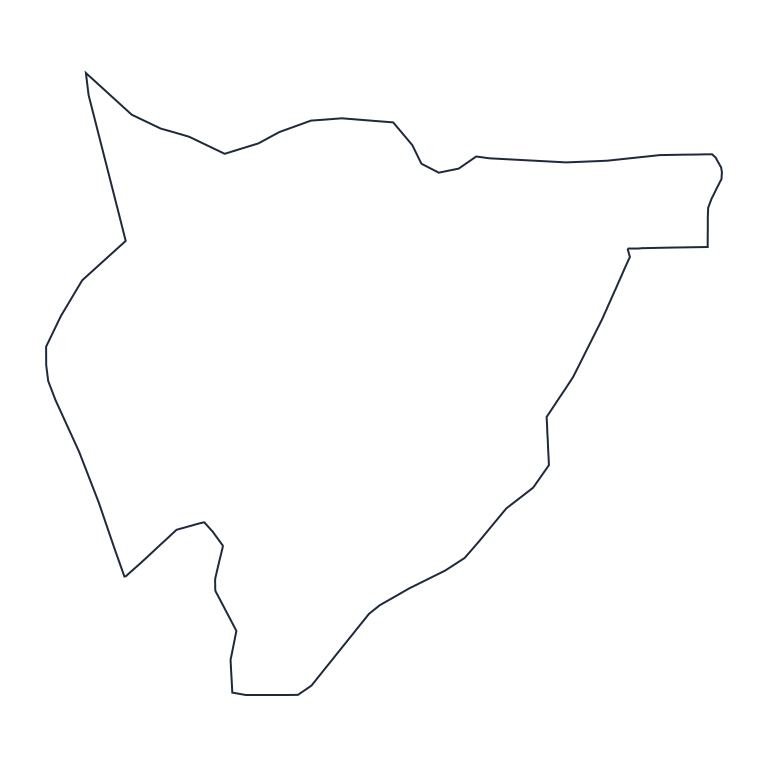 the district of Shia'ria, Eastern Darfur, Sudan, rotated 90°
{"feature_id": "16777658B58097455185888", "entity_name": "Shia'ria", "entity_type": "district", "adm_level": 2, "iso_a3": "SDN", "parent_name": "Sudan", "parent_adm1": "Eastern Darfur", "projection": "orthographic", "projection_center": [25.77, 12.585], "detail": "fine", "context": "isolated", "style": "outline", "palette": "slate", "viewbox_px": 768, "rotation_deg": 90, "n_neighbors": 0, "source": "geoboundaries", "source_scale": "gbopen_adm2", "svg_char_len": 5003}
<svg xmlns="http://www.w3.org/2000/svg" viewBox="0 0 768 768"><g transform="rotate(90 384 384)"><path d="M685.7,456.7L685.3,456.3L684.7,455.8L684.2,455.4L683.9,455.2L683.4,454.8L683.0,454.5L682.8,454.3L682.4,454.0L682.0,453.6L681.1,452.9L680.2,452.2L679.8,451.9L679.0,451.3L677.0,449.7L676.4,449.2L673.5,446.8L672.9,446.4L670.7,444.6L669.4,443.6L667.2,441.8L666.4,441.1L665.8,440.7L658.9,435.1L658.2,434.6L653.2,430.6L648.4,426.7L647.6,426.1L644.5,423.6L644.3,423.4L643.9,423.1L638.9,419.1L636.3,417.0L635.8,416.6L633.5,414.7L632.8,414.2L631.7,413.3L629.1,411.3L626.7,409.3L626.1,408.8L625.4,408.3L623.8,407.0L622.9,406.2L621.7,405.3L621.3,404.9L620.8,404.5L620.5,404.3L619.6,403.6L619.4,403.4L619.1,403.2L618.9,403.0L618.7,402.9L618.1,402.4L617.9,402.2L617.7,402.0L617.4,401.8L616.9,401.4L616.7,401.3L616.4,401.1L615.1,400.0L614.6,399.6L614.2,399.3L614.1,399.1L613.8,399.0L613.6,398.7L605.2,388.2L588.0,358.1L587.6,357.2L570.6,322.9L558.0,303.4L541.8,289.3L525.2,275.6L508.3,261.6L503.0,254.7L497.3,247.3L496.7,246.5L492.5,241.1L487.6,234.8L465.2,219.1L464.0,219.1L463.2,219.2L461.8,219.2L460.6,219.3L460.1,219.3L458.7,219.4L457.3,219.4L454.5,219.6L453.6,219.6L452.9,219.7L448.1,219.9L441.9,220.2L440.9,220.2L440.7,220.2L438.5,220.3L437.8,220.4L429.9,220.8L428.5,220.8L424.0,221.0L417.0,221.4L414.6,219.8L403.3,212.3L403.0,212.1L402.8,212.0L397.4,208.4L392.1,204.8L387.1,201.5L379.3,196.4L378.1,195.6L377.0,194.9L367.5,190.1L364.8,188.7L362.6,187.6L360.7,186.7L360.4,186.5L349.9,181.3L346.2,179.4L337.2,174.9L334.4,173.5L333.2,172.9L326.9,169.7L326.4,169.5L326.1,169.3L325.1,168.8L323.3,167.9L322.4,167.5L321.7,167.1L321.4,167.0L320.1,166.3L319.2,165.9L318.9,165.7L318.6,165.6L318.2,165.4L316.8,164.8L316.3,164.6L315.5,164.2L315.0,164.0L314.8,163.9L314.5,163.8L312.7,163.0L312.3,162.8L311.5,162.4L310.5,162.0L310.2,161.8L306.9,160.4L305.3,159.7L303.7,159.0L303.6,158.9L298.4,156.6L296.3,155.7L293.7,154.5L291.3,153.5L290.3,153.0L289.3,152.5L286.1,151.1L284.4,150.4L283.7,150.1L282.1,149.4L280.5,148.6L278.4,147.7L277.9,147.5L277.1,147.2L275.3,146.3L273.8,145.7L273.2,145.4L271.8,144.8L271.6,144.7L271.2,144.5L270.6,144.3L269.0,143.6L268.5,143.4L267.9,143.1L267.2,142.8L266.8,142.6L266.6,142.5L266.4,142.4L265.9,142.2L265.5,142.0L265.4,141.9L264.7,141.7L263.7,141.2L263.2,141.0L262.7,140.7L262.1,140.5L261.8,140.3L261.6,140.2L261.1,140.0L260.6,139.8L260.1,139.6L259.9,139.5L259.6,139.3L259.2,139.1L258.4,138.7L258.0,138.6L257.9,138.5L257.6,138.4L257.3,138.2L257.0,138.1L256.2,138.3L255.8,138.4L255.5,138.5L255.2,138.6L253.7,139.0L249.5,140.2L248.5,139.5L248.5,139.1L248.5,136.6L248.5,129.6L248.1,125.0L248.1,122.0L247.6,97.9L247.0,60.3L246.6,60.3L246.2,60.3L245.4,60.3L244.2,60.3L242.3,60.3L241.4,60.3L236.8,60.3L236.6,60.3L228.9,60.2L227.1,60.2L219.9,60.2L217.4,60.2L210.1,59.9L208.7,59.9L207.7,59.8L199.7,56.8L198.8,56.5L194.5,54.3L187.9,51.1L184.7,49.4L181.4,47.8L180.6,47.3L179.9,46.9L179.6,46.8L179.0,46.5L172.1,46.1L169.7,46.5L167.3,46.9L166.0,47.7L165.2,48.1L161.6,50.2L157.6,52.3L155.9,54.2L154.2,56.0L154.3,57.0L154.3,59.6L154.3,61.0L154.5,69.7L154.5,70.6L154.6,75.5L154.6,79.3L154.7,86.0L155.1,108.3L155.7,113.7L156.6,122.2L157.1,126.9L157.7,132.7L160.7,160.7L160.9,165.0L162.4,201.8L158.3,278.6L156.5,291.8L159.0,295.4L168.6,309.3L172.2,327.0L172.7,329.2L163.7,346.6L162.9,347.0L145.1,355.7L122.4,374.8L120.6,397.4L118.3,426.2L119.9,446.9L120.6,457.0L132.0,488.5L135.2,494.5L142.8,508.5L143.3,509.3L149.3,528.8L153.8,543.3L136.7,579.0L131.8,595.8L128.6,607.2L124.6,615.6L124.5,615.8L114.7,636.3L73.0,682.1L95.1,679.4L213.6,649.2L240.9,642.3L280.3,685.8L316.0,707.1L346.7,721.9L365.1,721.8L381.0,719.8L400.1,712.5L452.0,688.8L502.9,669.1L550.0,653.0L576.5,643.6L576.2,642.1L573.6,639.2L572.3,637.8L562.4,626.6L562.2,626.4L554.9,618.5L544.7,607.6L539.8,602.2L536.5,598.7L529.8,591.5L528.4,586.5L527.8,584.4L527.4,582.9L523.5,569.0L523.2,567.8L522.3,563.8L522.5,563.5L523.2,562.9L523.4,562.8L523.8,562.4L524.0,562.2L524.3,561.9L524.9,561.4L529.0,557.7L529.3,557.5L530.2,556.6L531.1,555.8L531.8,555.2L532.1,555.0L534.0,553.6L534.7,553.1L534.9,553.0L535.3,552.7L536.4,551.9L536.9,551.5L537.1,551.3L537.6,551.0L538.4,550.4L538.8,550.1L539.3,549.7L540.2,549.1L540.5,548.9L540.8,548.7L541.0,548.5L541.4,548.2L541.7,548.0L541.9,547.9L542.2,547.6L542.6,547.4L542.8,547.2L543.4,546.8L544.6,545.9L544.8,545.7L545.2,545.5L545.6,545.2L546.4,545.2L548.1,545.5L548.5,545.6L549.8,545.9L550.0,546.0L553.5,546.8L554.3,547.0L559.9,548.4L560.6,548.6L562.0,548.9L567.5,550.2L567.9,550.3L568.3,550.4L572.7,551.4L578.1,552.7L581.1,552.9L581.9,552.9L584.4,552.8L587.5,552.8L590.6,552.7L591.9,552.1L607.8,543.7L610.0,542.6L620.0,537.3L621.4,536.6L626.3,534.0L631.0,531.6L632.8,532.0L642.9,534.0L656.3,536.7L658.9,537.3L659.8,537.4L663.1,537.3L664.4,537.2L668.7,537.0L684.5,536.1L692.6,535.7L695.0,522.2L695.0,521.8L695.0,518.8L695.0,517.0L695.0,516.6L695.0,513.3L695.0,507.3L695.0,505.9L695.0,495.0L695.0,480.8L694.9,472.8L694.9,470.1L686.6,458.0L685.7,456.7Z" fill="none" stroke="#1e293b" stroke-width="2"/></g></svg>